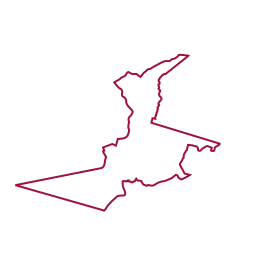 Kisumu East, Nyanza, Kenya (orthographic projection), rotated 16°
{"feature_id": "3690345B94932158837865", "entity_name": "Kisumu East", "entity_type": "district", "adm_level": 2, "iso_a3": "KEN", "parent_name": "Kenya", "parent_adm1": "Nyanza", "projection": "orthographic", "projection_center": [34.812, -0.082], "detail": "fine", "context": "isolated", "style": "outline", "palette": "rose", "viewbox_px": 256, "rotation_deg": 16, "n_neighbors": 0, "source": "geoboundaries", "source_scale": "gbopen_adm2", "svg_char_len": 5585}
<svg xmlns="http://www.w3.org/2000/svg" viewBox="0 0 256 256"><g transform="rotate(16 128 128)"><path d="M102.2,87.9L102.9,88.5L103.7,89.0L104.3,89.4L104.9,89.8L105.6,90.3L106.2,90.6L106.9,91.1L107.7,91.6L108.3,92.0L109.1,92.2L110.0,92.4L110.9,92.7L111.6,93.3L112.2,94.2L112.6,94.9L112.7,95.7L112.8,96.7L113.1,97.7L113.5,98.5L114.0,99.0L114.7,99.3L115.7,99.4L116.7,99.9L117.4,100.5L118.0,101.0L118.4,101.5L118.7,102.2L119.0,103.1L119.2,103.8L119.7,104.5L120.1,105.2L120.8,105.8L121.3,106.3L121.8,106.7L122.7,107.3L123.6,107.8L124.5,108.5L125.5,109.0L126.2,109.5L127.0,109.9L127.8,110.7L128.1,111.7L128.0,112.5L127.8,113.2L127.7,114.0L127.6,114.6L127.3,115.4L126.8,116.1L126.4,116.9L126.1,117.5L126.0,118.5L126.1,119.4L126.5,120.5L127.0,121.4L127.5,122.2L127.5,122.9L127.5,123.8L127.6,124.7L127.7,125.3L127.9,126.2L128.1,127.3L128.7,128.1L129.1,128.9L129.5,129.7L129.7,130.4L129.9,131.4L129.9,132.4L129.9,133.5L129.8,134.6L129.5,135.9L128.9,137.1L128.1,137.9L127.4,138.7L126.3,139.2L125.4,139.7L124.1,140.3L123.1,140.7L122.1,141.1L121.3,141.2L121.2,148.3L117.3,147.7L109.4,153.6L111.4,156.3L110.5,157.2L111.5,158.7L113.2,160.3L113.8,160.7L114.3,161.4L114.9,161.7L114.9,162.5L114.8,163.6L114.9,164.7L114.9,165.8L115.1,166.9L115.3,167.9L115.3,169.0L115.3,170.4L115.1,171.2L114.9,172.2L114.3,173.1L113.4,173.9L35.5,214.0L126.9,213.9L127.7,214.1L128.1,213.4L128.5,212.7L128.8,212.0L129.1,211.1L129.3,210.1L129.7,209.0L130.1,207.9L132.3,203.4L136.4,196.7L137.1,196.1L138.2,195.6L139.1,195.2L139.8,194.9L140.8,194.5L141.9,194.3L142.8,193.9L143.4,193.2L143.5,192.1L143.2,191.2L142.8,190.5L142.4,189.8L142.0,189.3L141.5,188.5L141.1,188.0L140.7,187.5L140.2,186.9L139.8,186.4L139.4,185.8L139.0,185.0L138.6,183.9L138.3,183.1L138.0,182.2L137.6,180.8L138.2,180.3L139.0,180.0L139.8,180.0L140.8,180.0L141.4,179.2L142.2,179.2L142.3,178.5L142.9,178.3L142.8,179.0L143.4,178.9L144.1,179.1L144.8,179.1L145.3,178.8L146.0,179.2L146.7,179.2L147.6,178.7L147.9,177.9L148.6,177.6L149.3,177.2L149.4,176.2L149.8,175.2L149.9,174.5L150.4,174.9L150.9,175.6L151.8,175.8L152.8,175.6L153.6,175.5L154.4,175.3L155.0,175.2L155.6,175.5L156.1,176.3L156.9,176.8L157.6,177.5L158.1,178.0L158.9,178.1L159.7,178.3L160.4,178.2L161.2,178.4L161.8,178.3L162.4,178.1L162.9,177.3L163.8,177.2L164.8,177.1L165.8,177.1L166.4,176.9L167.1,176.7L168.0,176.3L168.8,175.7L169.6,174.9L170.3,174.1L171.1,173.2L171.9,172.4L173.1,171.5L174.1,170.8L175.4,170.0L176.9,169.4L177.6,169.1L178.3,168.6L179.0,168.1L179.6,167.6L180.4,166.9L181.1,166.4L181.7,165.9L182.1,165.5L182.8,165.0L183.7,164.2L184.3,163.5L184.7,163.0L185.1,162.3L185.5,161.8L186.0,161.0L186.5,160.2L187.1,159.8L187.8,159.8L188.4,159.9L189.2,160.5L189.9,161.2L190.1,161.8L190.7,162.2L191.6,162.2L192.3,162.5L193.0,162.7L193.9,162.5L197.4,159.3L200.4,156.1L194.9,156.1L188.1,149.1L187.8,148.1L187.9,147.5L188.2,146.5L188.6,145.7L188.7,145.0L188.9,143.9L189.0,142.8L189.3,142.0L189.7,141.5L189.5,140.8L189.3,139.9L189.2,138.8L189.2,137.7L189.3,136.8L189.5,136.1L189.8,135.4L189.9,134.5L190.2,133.7L190.7,133.0L190.7,132.2L190.6,131.5L190.4,130.6L190.4,129.6L190.7,128.5L190.4,127.7L191.5,127.3L192.4,127.3L193.3,127.2L194.1,127.0L194.7,126.9L195.5,127.0L196.5,127.0L198.5,126.9L199.2,126.9L199.8,127.2L200.5,127.8L201.0,128.5L201.2,129.4L201.6,130.1L202.2,130.3L202.9,130.3L203.9,129.8L204.4,128.9L204.8,128.2L205.1,127.4L205.5,126.8L206.0,126.4L206.4,126.0L207.1,125.4L207.7,124.6L208.2,124.1L208.7,123.7L209.6,123.5L210.3,123.5L211.1,123.6L214.0,123.9L214.0,125.1L213.9,126.7L214.5,126.9L215.2,126.8L215.9,126.7L216.8,126.4L217.1,125.6L217.0,124.7L216.9,123.5L217.0,122.6L217.4,122.0L218.0,121.4L218.5,120.9L218.9,120.3L220.0,119.3L220.5,118.7L220.4,117.8L204.7,117.5L186.3,117.2L152.7,116.6L149.0,116.5L148.9,111.9L151.7,111.6L151.4,111.0L151.1,110.4L151.3,109.1L151.6,108.2L151.2,107.6L151.6,106.8L151.2,105.8L151.4,105.0L151.4,104.2L151.6,103.5L151.5,102.9L151.2,102.3L151.4,101.7L151.5,101.0L150.9,100.6L150.8,99.7L151.2,98.8L151.5,98.1L151.6,97.2L150.6,96.6L150.5,95.4L151.0,94.4L151.2,93.4L151.8,92.5L152.2,91.5L152.1,90.6L151.6,89.8L150.8,89.2L149.8,88.7L149.3,88.3L148.9,87.7L148.5,87.2L148.4,86.3L148.6,85.4L148.5,84.6L148.8,83.8L148.5,82.9L147.5,82.6L146.5,81.9L146.8,80.7L146.3,79.7L145.6,79.0L145.6,78.4L145.4,77.7L146.0,77.4L146.0,76.6L146.0,75.9L145.7,75.3L145.1,75.0L144.5,74.3L144.3,73.5L144.6,72.9L144.5,72.2L144.8,71.4L145.0,70.6L145.7,69.5L146.0,68.6L146.4,67.8L147.2,67.1L147.7,66.3L148.2,65.9L149.2,65.9L151.5,62.5L151.9,61.9L152.3,61.4L153.6,59.8L154.0,59.0L154.4,58.4L155.1,57.4L156.9,55.0L158.4,52.9L158.8,52.2L159.3,51.6L160.9,49.4L161.5,48.5L162.1,47.7L163.0,46.4L163.6,45.7L164.9,43.7L165.7,42.6L166.0,41.9L164.8,42.0L163.2,42.3L162.0,42.5L161.1,42.6L159.8,42.9L158.4,43.2L157.6,43.4L156.6,43.9L156.3,44.8L155.9,45.8L155.4,46.4L155.0,46.9L154.6,47.4L154.1,47.9L153.4,48.6L152.7,49.0L152.0,49.4L151.2,50.0L150.8,50.5L150.2,51.2L149.7,51.8L149.4,52.3L147.1,52.9L146.3,53.0L145.5,53.4L144.5,53.9L143.8,54.5L143.3,54.9L142.7,55.3L141.8,56.2L140.6,57.3L140.0,57.9L139.0,58.9L138.3,59.6L137.8,60.1L137.0,60.8L135.8,62.0L132.9,65.2L131.8,65.6L131.1,66.1L130.4,66.8L129.9,67.7L129.6,68.4L129.2,69.1L128.6,69.7L128.1,70.5L127.7,71.3L127.4,71.9L127.1,72.7L126.7,73.5L126.4,74.6L125.9,75.5L125.3,75.1L124.6,75.0L123.9,74.8L123.2,74.6L122.0,74.0L121.3,73.7L120.6,74.0L119.6,74.1L118.7,74.5L117.9,74.9L117.1,74.8L116.4,74.8L115.3,74.7L114.3,74.5L113.5,74.1L112.8,74.1L112.2,74.8L111.7,75.7L111.5,76.4L111.4,77.0L111.2,77.6L110.8,78.3L110.5,79.1L109.7,79.8L109.0,80.3L108.5,80.6L108.0,81.1L106.3,83.7L102.2,87.9Z" fill="none" stroke="#9f1239" stroke-width="2"/></g></svg>